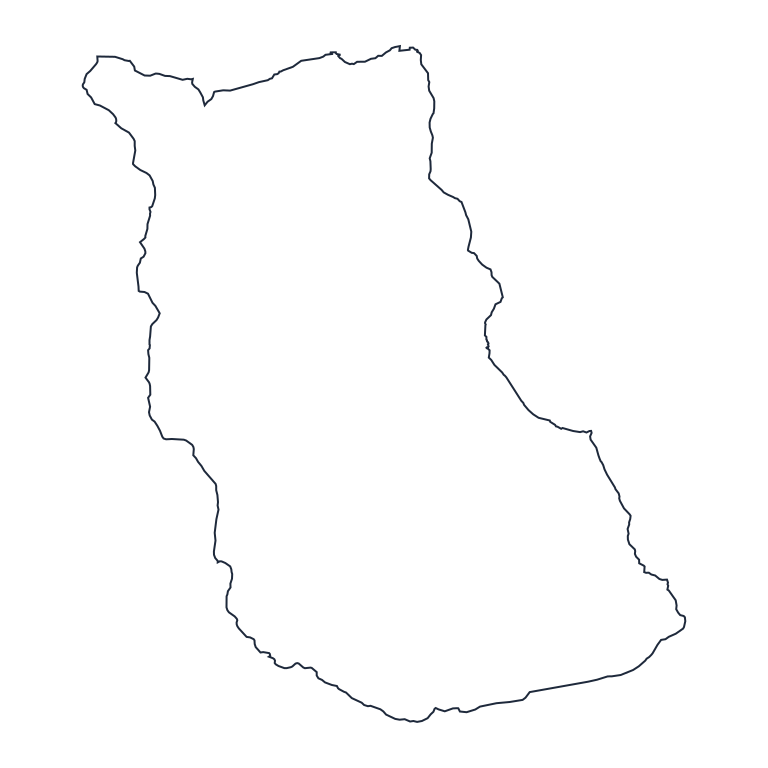 Mateesti, Vâlcea, Romania
{"feature_id": "2599482B65996963164796", "entity_name": "Mateesti", "entity_type": "district", "adm_level": 2, "iso_a3": "ROU", "parent_name": "Romania", "parent_adm1": "Vâlcea", "projection": "natural_earth1", "projection_center": [23.859, 45.065], "detail": "fine", "context": "isolated", "style": "outline", "palette": "slate", "viewbox_px": 768, "rotation_deg": 0, "n_neighbors": 0, "source": "geoboundaries", "source_scale": "gbopen_adm2", "svg_char_len": 6003}
<svg xmlns="http://www.w3.org/2000/svg" viewBox="0 0 768 768"><path d="M675.8,633.7L683.1,628.6L684.0,627.0L685.3,621.2L684.9,617.3L683.7,616.0L680.2,615.1L678.2,612.7L676.2,609.2L676.6,605.5L675.7,600.3L668.8,590.5L667.4,589.6L668.2,585.7L667.5,584.2L668.0,582.7L667.0,579.6L662.3,579.9L659.4,579.0L655.2,575.5L651.3,574.5L648.8,572.7L646.0,572.8L644.2,572.1L644.6,566.5L643.7,565.6L639.2,563.3L639.1,559.7L636.1,556.7L634.9,553.9L635.2,551.1L634.8,549.4L629.4,544.2L627.9,539.6L627.8,536.0L628.6,533.7L627.6,529.0L629.2,524.5L629.1,522.4L630.2,519.1L630.6,515.8L629.7,514.4L624.0,508.4L619.9,500.8L619.2,498.3L619.5,496.6L618.7,493.4L615.5,489.2L614.9,487.4L607.1,474.7L604.5,469.3L603.2,465.1L601.5,462.0L600.7,461.3L599.6,458.7L598.4,455.3L596.3,447.7L590.6,439.6L590.1,436.4L591.6,432.9L591.1,430.9L589.5,431.0L586.5,432.5L583.1,431.3L580.1,432.1L573.1,431.0L562.5,428.0L561.2,428.8L557.5,426.7L556.0,426.4L555.1,424.9L550.2,421.8L549.8,420.5L538.6,417.8L533.2,414.3L528.5,410.1L524.1,404.9L523.3,402.9L521.3,400.8L506.3,377.3L504.8,375.6L503.7,374.8L502.2,372.5L494.4,364.9L491.2,359.9L488.8,357.6L489.5,353.3L489.6,350.3L488.1,348.9L488.0,347.6L486.9,348.2L486.5,347.8L487.1,347.2L488.1,347.2L488.6,346.4L487.9,344.3L488.4,343.9L488.5,343.3L487.7,341.8L487.1,341.5L487.0,340.2L486.4,339.6L486.4,336.9L484.9,335.4L485.4,325.2L485.7,324.6L485.0,323.0L485.2,322.1L486.4,319.5L491.0,315.1L491.7,312.3L493.9,308.7L495.5,304.3L500.5,301.9L501.8,298.3L502.8,297.3L499.4,283.7L492.3,276.9L491.6,275.2L491.5,272.2L490.5,269.4L486.5,267.7L482.2,264.6L478.7,260.8L477.2,258.5L476.7,255.9L474.0,253.1L471.7,252.8L468.1,250.6L467.9,250.0L468.5,246.8L470.9,237.5L471.3,231.7L468.3,219.3L466.1,215.1L465.4,212.3L461.5,202.0L459.7,201.2L457.5,198.8L454.8,198.1L453.3,197.1L448.0,194.8L443.7,192.4L441.6,189.9L430.6,180.2L429.1,178.4L429.2,174.3L430.5,171.3L430.7,169.1L430.4,161.2L429.7,158.3L431.7,152.7L431.8,143.7L432.9,137.7L432.4,135.4L430.8,131.4L429.7,127.5L429.6,122.5L430.5,118.8L432.8,114.0L433.5,113.3L434.2,108.4L434.3,101.3L433.6,98.1L429.2,90.7L428.6,86.5L429.3,82.1L428.2,80.1L428.0,73.2L421.3,64.3L420.8,60.0L421.1,55.1L419.6,52.9L417.2,51.9L417.1,51.6L417.8,50.9L417.3,49.9L415.3,49.7L413.1,47.6L409.8,47.7L409.6,49.7L399.4,50.8L399.9,46.1L395.2,47.0L391.6,48.2L389.9,50.3L386.0,52.4L381.8,55.9L378.2,55.8L375.4,58.2L371.0,58.8L365.0,61.7L357.1,61.8L353.8,64.1L352.0,63.7L349.9,64.2L344.9,62.0L341.5,58.8L340.1,58.2L338.2,56.0L338.3,55.3L339.7,55.0L339.7,54.6L336.7,54.0L336.0,53.3L335.8,52.3L329.9,52.4L331.8,53.3L332.0,54.0L325.5,54.8L323.3,56.6L319.4,58.1L301.2,60.8L292.9,66.8L283.1,70.3L280.7,71.6L279.4,71.6L278.6,73.2L277.3,74.1L274.3,74.5L272.0,78.3L269.9,78.8L267.8,80.2L259.0,82.1L253.0,84.2L230.1,90.6L223.2,90.3L215.0,91.6L214.1,92.1L213.0,96.1L211.3,99.1L207.6,101.7L204.7,105.3L203.3,100.4L202.9,97.3L200.2,92.3L198.4,89.4L194.8,86.8L192.3,83.9L192.1,82.3L192.8,78.9L191.2,79.3L187.3,78.8L182.6,79.8L169.9,76.1L165.0,75.9L159.4,73.9L156.8,73.6L155.5,73.6L150.2,75.7L144.6,75.5L134.9,70.5L134.2,66.6L129.8,60.8L128.8,61.0L124.5,60.2L122.7,59.2L115.0,56.8L97.3,56.5L97.6,61.1L97.2,62.4L96.1,64.1L90.2,71.0L86.6,74.1L84.7,78.9L84.3,82.3L82.9,84.4L82.7,85.8L83.0,87.0L83.9,88.2L86.6,89.8L87.6,94.0L91.1,97.4L94.7,104.1L99.9,105.5L108.8,110.2L113.1,114.2L115.6,117.6L116.1,119.0L116.3,120.9L116.0,122.3L115.4,123.1L121.3,128.3L129.0,132.6L133.6,138.8L134.7,141.1L134.7,145.9L135.3,150.5L133.0,163.2L133.1,164.2L135.2,166.3L140.3,170.0L146.5,173.0L149.6,175.4L152.7,181.0L153.4,184.5L154.9,187.8L155.2,195.1L154.8,198.4L152.2,206.2L151.2,207.1L149.5,207.5L149.5,209.3L150.5,211.9L150.0,213.7L150.1,215.7L147.5,224.1L147.4,228.9L145.3,236.0L145.4,237.5L144.0,239.0L140.0,242.2L144.4,248.6L145.3,251.3L145.4,253.2L143.6,256.7L140.8,258.5L139.9,262.7L137.8,265.7L137.1,267.4L136.8,272.8L138.5,286.6L138.7,290.9L139.8,291.6L144.5,292.0L148.0,293.7L152.5,302.8L155.4,305.9L159.7,313.3L158.1,317.5L156.5,320.1L152.3,324.1L150.9,326.4L150.1,336.5L149.5,340.1L149.5,344.5L149.9,345.0L149.7,347.1L149.6,348.4L148.1,350.2L148.4,354.1L149.3,357.8L149.1,370.2L148.6,372.4L145.5,377.6L149.0,382.3L149.6,383.7L150.1,386.0L150.3,394.7L148.1,397.8L150.1,406.7L149.0,412.2L149.7,415.5L151.9,419.6L154.6,421.6L157.4,425.9L160.0,430.8L162.3,436.7L163.6,438.5L166.1,439.3L171.9,439.0L183.8,439.7L186.1,440.5L192.2,444.9L193.4,447.0L193.8,449.1L193.3,455.3L196.0,458.2L198.1,461.9L201.4,465.9L204.3,470.9L215.6,483.9L216.2,486.0L216.2,490.2L217.4,495.0L218.0,502.2L217.6,505.5L218.5,509.6L216.4,519.2L214.7,532.8L215.5,540.6L213.9,551.5L214.0,554.8L215.2,558.0L217.7,560.9L217.7,562.4L219.8,561.3L221.6,561.4L225.3,563.0L230.2,566.4L231.3,569.3L231.6,572.0L232.2,574.0L232.0,578.7L230.4,583.6L230.5,587.5L227.9,591.2L227.4,594.4L226.6,596.2L226.5,607.4L227.4,610.2L228.9,612.3L234.7,616.4L236.8,618.8L237.3,620.2L236.6,622.5L236.7,624.4L237.4,626.3L238.8,628.4L246.6,636.9L250.1,637.4L253.7,639.2L254.5,640.4L254.7,644.0L255.7,647.1L260.5,652.5L263.2,652.1L269.1,653.1L269.8,653.9L270.2,655.8L268.9,656.7L272.9,658.2L274.3,659.2L275.0,660.7L274.7,663.0L275.7,664.3L278.5,666.0L284.3,668.1L286.8,668.1L290.8,667.2L292.3,666.5L295.5,663.6L297.2,663.1L298.7,663.5L303.3,667.5L304.9,668.2L310.5,667.6L311.7,667.9L316.7,672.1L316.7,675.5L318.4,678.3L322.0,679.9L325.0,682.4L331.9,685.0L336.9,686.0L338.0,688.2L339.0,689.1L344.0,691.8L346.0,692.5L351.8,698.1L361.7,702.7L364.1,705.0L367.9,706.2L370.5,705.8L380.4,709.3L383.3,711.4L386.1,714.6L395.2,718.9L399.6,719.7L404.7,719.2L410.1,721.5L413.4,721.0L417.1,721.9L421.9,721.0L427.6,718.2L430.7,714.3L433.4,711.8L434.6,708.8L435.7,708.0L438.6,709.4L444.8,711.3L452.9,708.4L457.1,708.2L458.3,708.3L459.9,711.5L466.6,712.2L475.3,709.5L480.0,706.6L496.5,703.2L509.7,702.0L522.6,699.9L525.5,697.7L529.7,692.1L588.1,681.7L597.1,679.7L607.7,676.4L612.0,676.3L620.7,675.0L633.1,670.0L638.8,666.3L645.3,660.6L646.6,658.7L649.2,657.0L651.3,654.9L652.6,653.3L657.5,644.8L661.1,639.9L665.5,639.2L668.8,636.8L675.8,633.7Z" fill="none" stroke="#1e293b" stroke-width="2"/></svg>